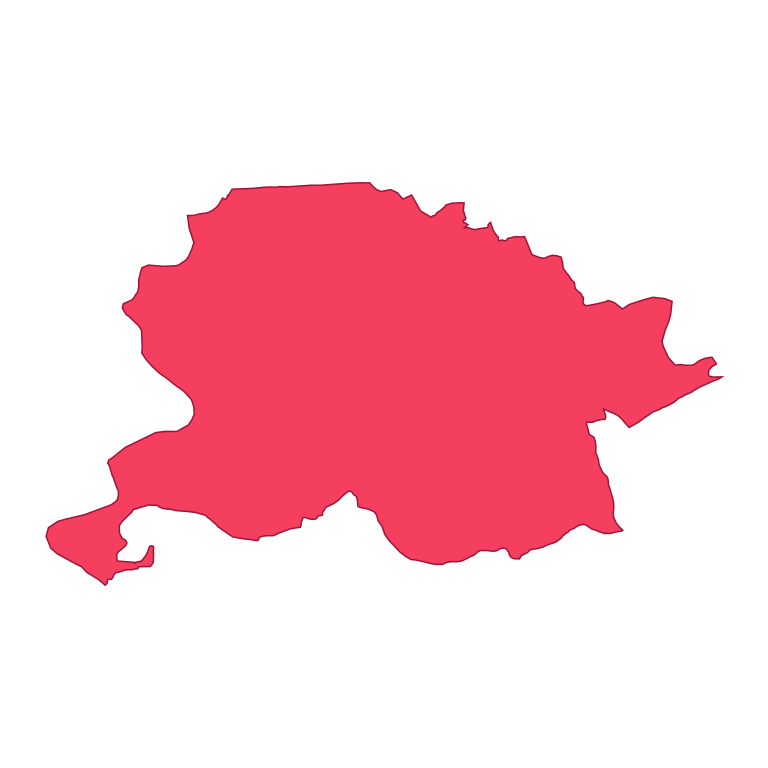 Gadinti, Neamt, Romania
{"feature_id": "2599482B80343576594482", "entity_name": "Gadinti", "entity_type": "district", "adm_level": 2, "iso_a3": "ROU", "parent_name": "Romania", "parent_adm1": "Neamt", "projection": "robinson", "projection_center": [27.043, 46.924], "detail": "fine", "context": "isolated", "style": "filled", "palette": "rose", "viewbox_px": 768, "rotation_deg": 0, "n_neighbors": 0, "source": "geoboundaries", "source_scale": "gbopen_adm2", "svg_char_len": 6121}
<svg xmlns="http://www.w3.org/2000/svg" viewBox="0 0 768 768"><path d="M565.3,533.8L568.0,532.1L569.3,530.7L570.7,529.7L574.6,528.1L577.0,526.3L581.0,524.7L583.2,524.5L584.7,524.6L586.3,525.2L591.9,529.1L595.7,530.1L598.4,531.5L601.2,532.3L604.2,533.5L607.3,533.3L610.5,533.5L613.6,532.5L619.0,531.4L622.3,530.9L622.8,530.5L622.8,530.1L620.7,528.3L617.6,524.9L616.0,522.5L613.7,517.3L613.3,515.5L613.3,512.9L613.8,508.1L613.6,502.5L612.4,497.1L611.1,493.2L609.7,488.0L608.5,484.8L608.3,483.7L608.5,482.6L607.9,478.6L607.3,477.2L606.3,476.0L603.8,473.7L602.8,472.4L601.6,470.4L601.2,469.1L599.6,466.1L599.0,463.8L598.5,460.2L597.1,455.8L595.9,453.0L595.7,452.8L595.9,446.2L595.3,441.4L594.2,438.2L593.3,436.7L590.3,435.2L589.0,433.7L588.0,429.0L586.6,424.2L586.7,422.6L586.9,422.1L592.2,422.3L594.1,421.7L595.8,420.8L601.9,419.5L603.2,419.4L604.8,419.5L605.4,418.7L605.7,416.1L605.5,414.9L603.3,409.1L603.4,408.7L605.9,410.1L614.9,413.9L617.2,415.1L619.0,416.4L622.7,420.0L624.2,422.0L629.2,427.5L638.3,422.3L644.9,417.5L653.0,411.9L658.5,409.9L662.2,407.8L665.6,406.6L669.6,404.7L674.2,402.1L676.9,399.7L679.2,397.9L682.0,396.8L685.8,394.6L687.0,394.2L691.5,392.2L692.9,391.1L699.9,386.9L704.7,384.9L713.6,380.8L716.1,380.0L719.0,378.8L721.9,376.9L713.1,377.0L710.4,376.5L708.8,375.7L708.4,374.0L709.0,369.9L712.2,366.5L716.4,364.0L712.1,357.3L709.5,357.5L704.1,358.6L698.9,360.9L694.0,364.6L690.8,365.3L685.2,365.2L680.4,364.6L675.2,365.2L668.4,357.5L663.1,346.0L662.1,341.1L665.3,329.8L668.6,321.9L670.6,314.7L672.1,301.4L664.8,298.6L653.0,297.3L643.5,299.8L629.2,304.5L622.5,309.0L614.5,302.7L608.1,300.4L605.5,301.8L596.1,304.0L589.2,305.3L585.5,305.7L583.0,303.3L583.4,297.3L582.3,296.7L580.8,293.3L577.6,291.0L575.5,288.8L574.7,285.9L574.7,284.1L574.4,282.6L572.8,281.0L571.3,279.9L571.1,279.1L568.6,275.4L566.3,272.7L565.6,271.5L564.2,269.8L563.2,268.0L562.6,262.8L561.1,257.1L556.9,255.8L552.8,255.3L549.7,256.0L544.1,258.3L540.4,257.8L535.9,256.2L534.4,255.5L532.3,254.9L531.5,253.6L524.6,236.6L519.8,237.0L518.5,236.7L514.5,236.8L509.7,238.0L508.5,238.1L507.5,238.5L507.1,239.1L506.9,239.9L504.7,240.9L502.3,240.0L500.9,240.2L499.6,240.7L499.1,240.8L498.5,240.6L498.3,237.8L498.0,237.0L496.1,234.7L494.1,231.8L492.9,229.5L491.7,225.9L490.7,222.4L489.3,223.4L488.2,224.6L488.0,226.1L488.1,226.9L487.0,227.6L478.3,228.9L475.0,229.6L471.5,229.0L468.9,227.8L467.7,227.5L464.5,227.8L467.9,224.6L467.1,224.2L466.6,223.6L463.3,222.3L463.4,220.6L463.7,220.3L465.2,219.9L465.9,218.1L465.7,217.6L465.3,217.3L464.0,212.4L463.3,210.8L464.1,202.9L459.9,202.8L451.7,203.2L446.0,205.0L444.6,206.8L440.5,210.5L436.8,212.7L435.3,215.3L432.4,215.9L431.5,217.4L420.7,211.1L411.6,195.0L402.9,199.1L397.3,192.7L390.8,189.6L381.2,191.5L377.0,189.9L372.1,185.6L369.8,182.9L359.7,182.8L347.2,183.3L319.9,185.3L311.7,185.2L287.6,186.8L278.9,186.6L278.4,186.7L278.1,187.1L275.2,187.1L273.8,187.3L271.8,187.0L264.7,187.2L252.6,188.4L232.1,189.2L228.1,195.8L227.5,195.5L227.1,197.3L226.1,198.9L225.4,199.3L222.6,198.1L219.3,203.7L218.3,205.1L216.4,207.3L212.5,210.3L209.4,212.0L206.5,213.0L199.4,213.9L194.5,215.3L191.7,215.5L187.5,215.5L189.3,228.7L193.9,242.6L191.7,249.4L188.7,256.2L186.1,259.9L178.8,264.9L175.6,265.8L162.6,266.3L148.4,265.1L142.0,267.7L140.3,273.0L138.7,280.0L138.8,286.0L137.8,291.7L132.4,299.7L123.3,303.8L122.3,308.1L125.9,314.4L128.9,316.4L138.5,325.6L141.5,330.2L142.2,347.2L141.8,353.1L146.3,359.8L152.1,366.3L159.2,373.0L167.3,378.7L174.5,384.6L183.8,391.2L191.3,399.4L193.7,406.3L194.3,414.0L191.8,419.9L188.4,424.9L176.8,431.5L164.9,431.4L155.7,432.6L125.4,447.3L111.8,458.2L108.8,460.1L107.6,463.2L108.3,463.9L109.6,466.7L111.8,473.8L112.2,475.7L113.1,476.8L115.9,485.3L118.5,491.5L118.3,495.7L117.3,499.9L114.8,502.2L111.0,504.9L84.5,514.7L66.0,519.1L58.0,521.3L48.5,527.6L46.1,536.3L50.7,548.1L57.5,554.0L74.9,563.4L81.7,566.8L86.8,572.3L98.5,579.5L103.7,583.9L105.0,585.2L106.6,583.9L107.1,583.1L107.4,580.9L108.0,579.1L111.1,579.5L111.8,579.0L113.1,576.8L114.0,574.4L116.3,572.5L118.2,572.3L125.5,570.0L129.1,569.7L131.4,569.9L134.4,569.0L137.9,568.7L138.2,566.8L150.3,566.5L152.2,564.2L153.2,562.6L153.5,559.1L153.4,556.6L153.6,553.1L153.4,551.5L153.4,549.7L153.7,547.1L152.8,546.0L151.1,545.8L150.2,546.1L149.1,547.4L147.9,551.3L145.8,555.6L144.3,557.4L143.2,559.1L140.3,561.6L139.2,561.5L137.6,561.9L136.4,562.3L135.8,563.0L134.8,563.3L135.0,562.4L117.1,561.0L117.0,559.1L116.7,556.0L116.8,554.1L118.0,552.3L118.9,551.3L121.3,549.5L124.8,546.3L126.4,544.4L126.9,543.0L126.4,541.5L124.9,539.6L122.5,538.6L121.3,536.7L119.6,533.3L119.3,528.9L119.4,525.6L121.8,521.8L132.0,511.9L133.6,509.2L135.8,509.0L140.1,507.4L143.6,506.5L148.5,505.0L151.9,505.3L156.8,505.3L159.9,507.2L162.8,508.4L167.0,509.1L170.4,509.3L175.4,510.4L178.4,510.8L185.9,511.3L195.2,512.4L205.6,515.3L207.2,517.1L210.1,519.2L216.7,525.1L217.7,526.5L228.2,533.9L233.0,537.0L243.9,538.9L251.1,539.6L254.8,540.4L257.4,540.6L258.7,539.6L259.0,537.6L260.3,537.0L262.9,536.2L266.9,535.7L273.1,535.7L275.5,534.8L278.7,533.2L286.5,530.2L290.9,528.7L300.4,527.2L301.0,525.6L301.3,521.9L302.3,519.9L302.8,518.0L304.4,517.3L308.2,518.6L311.1,519.2L314.0,519.4L316.7,518.5L316.9,517.7L318.2,515.9L320.9,515.6L322.6,515.0L322.5,512.7L326.2,507.1L334.1,503.4L339.6,499.2L341.3,497.1L344.4,494.4L348.0,491.6L349.9,491.0L351.8,492.0L353.5,494.5L356.5,496.6L357.2,499.2L357.9,506.4L360.3,507.5L367.8,509.0L373.9,511.6L376.6,514.9L378.1,520.9L381.8,525.8L384.8,534.4L388.6,539.9L400.0,552.1L406.3,556.9L410.8,559.4L416.4,560.1L427.8,562.7L431.3,563.7L435.9,564.4L442.9,564.4L445.6,562.8L450.3,561.7L457.7,561.7L462.3,560.8L467.2,558.4L469.7,556.9L473.4,555.4L475.9,553.6L477.8,551.8L480.3,550.5L487.5,550.6L492.7,551.2L495.6,551.0L497.4,550.4L499.7,548.9L501.5,548.3L504.9,548.2L505.9,548.6L506.9,550.0L508.4,551.7L508.8,552.2L509.4,554.9L510.7,556.9L511.5,557.6L514.0,558.7L519.4,558.9L521.3,555.9L522.0,555.3L522.8,554.8L527.0,552.9L527.7,552.4L529.3,550.6L530.3,549.9L532.1,549.2L536.4,548.8L543.5,546.9L546.7,545.1L553.3,543.0L555.9,542.0L561.3,538.0L562.8,535.8L564.3,534.8L565.3,533.8Z" fill="#f43f5e" stroke="#9f1239" stroke-width="1.5"/></svg>